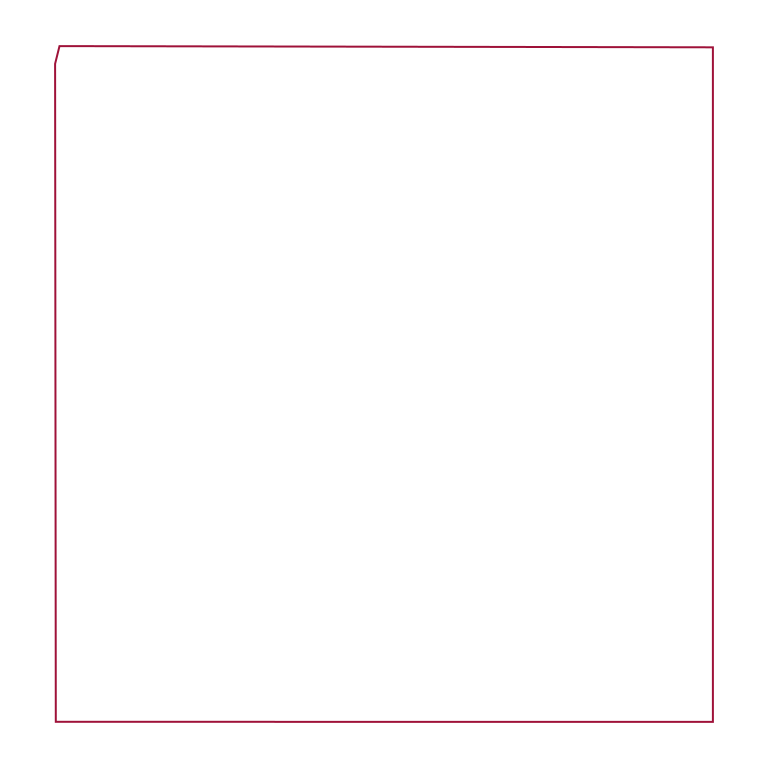 Adams, Nebraska, United States of America
{"feature_id": "52423323B10491210424297", "entity_name": "Adams", "entity_type": "district", "adm_level": 2, "iso_a3": "USA", "parent_name": "United States of America", "parent_adm1": "Nebraska", "projection": "mercator", "projection_center": [-98.47, 40.525], "detail": "fine", "context": "isolated", "style": "outline", "palette": "rose", "viewbox_px": 768, "rotation_deg": 0, "n_neighbors": 0, "source": "geoboundaries", "source_scale": "gbopen_adm2", "svg_char_len": 203}
<svg xmlns="http://www.w3.org/2000/svg" viewBox="0 0 768 768"><path d="M705.9,47.3L59.5,46.1L55.1,63.8L55.8,721.8L712.9,721.9L712.9,47.3L705.9,47.3Z" fill="none" stroke="#9f1239" stroke-width="2"/></svg>